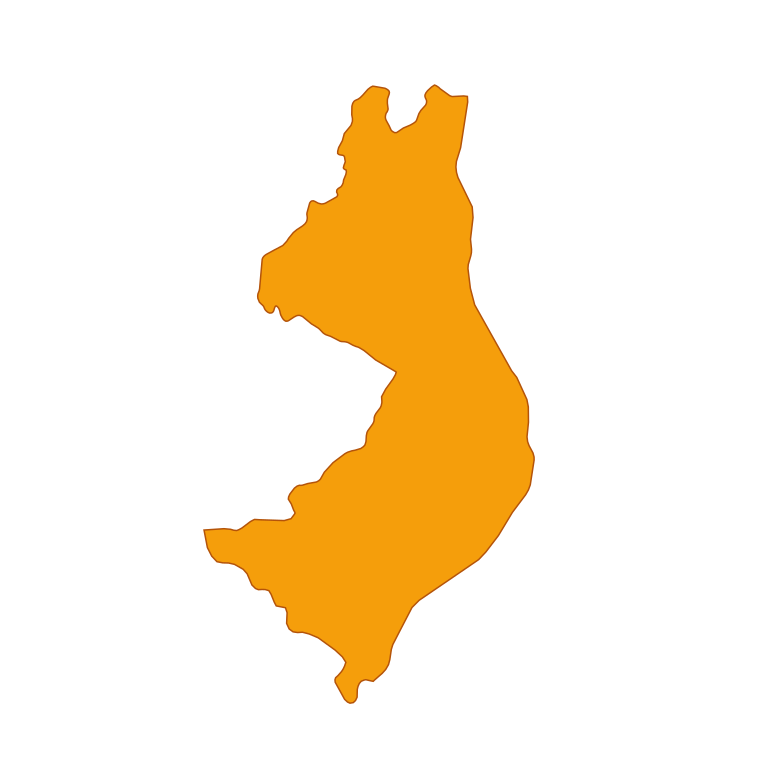 the border of Nakhon Phanom, rotated 33°
{"feature_id": "THA-472", "entity_name": "Nakhon Phanom", "entity_type": "Province", "adm_level": 1, "iso_a3": "THA", "parent_name": "Thailand", "parent_adm1": "", "projection": "albers", "projection_center": [104.283, 17.384], "detail": "fine", "context": "isolated", "style": "filled", "palette": "amber", "viewbox_px": 768, "rotation_deg": 33, "n_neighbors": 0, "source": "natural_earth", "source_scale": "10m", "svg_char_len": 4283}
<svg xmlns="http://www.w3.org/2000/svg" viewBox="0 0 768 768"><g transform="rotate(33 384 384)"><path d="M297.3,97.4L300.6,101.9L319.6,144.2L323.5,157.9L326.1,162.8L329.5,167.0L331.1,168.4L333.5,170.5L361.5,187.4L368.0,195.9L377.7,215.5L384.0,223.3L385.7,226.1L386.9,229.0L389.6,237.9L391.5,241.4L404.3,256.7L416.9,268.2L483.8,303.4L491.8,306.2L512.3,319.2L517.5,324.6L526.0,337.4L532.7,350.4L535.8,354.1L539.1,356.6L546.5,360.7L549.6,363.5L551.3,366.0L561.6,388.9L562.8,394.2L563.1,399.7L561.6,421.7L562.5,448.8L560.9,469.6L559.0,479.8L531.3,546.2L529.2,556.2L531.8,582.9L533.3,597.7L534.7,602.6L539.0,612.0L540.6,616.9L540.9,622.4L540.1,627.5L537.2,637.8L536.9,639.2L535.0,640.0L529.8,641.9L528.6,643.1L526.8,645.7L526.4,648.6L526.9,651.8L527.9,654.6L532.0,661.3L532.5,665.0L531.8,667.9L529.3,670.2L526.6,670.6L522.7,669.9L505.5,660.7L504.0,658.8L503.4,656.7L504.2,653.7L505.0,648.3L505.0,645.5L504.6,642.2L503.6,638.2L497.7,635.5L488.0,633.8L467.0,632.7L457.4,634.4L450.8,636.6L446.9,639.5L442.7,641.4L437.9,641.1L432.7,637.8L427.3,628.6L423.2,625.3L414.5,628.8L410.9,626.8L403.9,621.9L400.0,620.0L396.3,621.1L393.5,622.8L390.7,624.9L387.6,625.5L382.7,624.5L372.6,617.7L366.8,616.1L356.8,616.7L351.1,618.8L346.2,621.8L340.7,624.0L333.3,622.2L325.0,617.4L312.6,604.5L328.6,592.5L334.5,589.4L337.6,588.5L340.3,587.1L341.7,585.1L343.3,582.1L346.9,572.1L348.4,569.4L349.2,568.1L354.3,565.2L374.7,552.9L379.4,547.6L379.8,542.0L379.7,540.7L379.0,540.1L376.8,538.9L371.6,535.1L366.5,532.7L365.5,530.7L365.0,527.6L365.6,520.1L366.7,517.0L368.2,515.0L369.5,514.3L370.6,513.4L374.3,509.0L380.7,503.0L381.9,500.8L382.5,498.6L382.0,490.5L384.1,477.7L389.2,463.7L390.6,461.1L393.3,457.7L395.8,455.3L399.7,450.7L400.8,447.9L401.2,445.9L401.1,445.0L400.2,442.0L397.3,436.9L396.1,433.8L395.9,431.9L396.3,423.4L396.0,421.3L395.5,419.9L394.0,417.3L393.5,415.4L393.3,413.0L393.8,405.9L393.5,403.8L392.4,400.9L391.6,399.6L388.9,396.0L388.2,387.3L388.8,375.0L388.5,370.1L387.8,367.4L386.5,367.3L364.0,368.4L348.9,366.8L343.3,367.0L341.6,367.3L340.1,367.8L336.8,368.4L331.3,368.8L329.6,369.3L328.1,369.9L325.3,371.5L324.0,372.0L313.3,373.1L308.5,374.3L306.7,374.4L305.0,374.3L300.0,373.1L298.1,372.9L290.4,373.1L279.1,371.8L277.5,372.0L275.9,372.4L274.7,373.2L273.6,374.2L272.1,376.8L269.4,383.0L268.6,384.0L267.4,384.8L266.0,384.9L264.6,384.7L263.8,384.4L262.6,383.9L259.9,382.4L258.6,381.3L257.1,379.8L255.8,378.7L254.3,377.8L252.9,377.3L251.5,377.1L250.6,377.8L250.6,378.9L250.9,380.3L251.4,381.8L251.7,383.3L251.5,384.8L250.7,385.9L249.4,386.8L247.8,387.1L246.0,387.0L244.3,386.6L242.8,385.9L241.6,385.0L240.3,384.3L239.0,384.0L237.1,383.7L234.9,383.2L231.6,380.9L230.2,379.1L229.2,377.1L228.5,373.7L227.8,371.9L213.9,345.7L213.6,344.1L213.7,342.4L214.1,340.9L214.7,339.4L218.9,331.6L223.7,323.0L224.7,317.2L224.7,313.6L225.5,306.3L226.9,301.9L229.6,295.8L230.5,292.7L230.6,290.2L230.2,288.6L229.6,287.2L228.8,285.9L226.9,283.7L226.2,282.4L223.1,272.7L223.2,270.9L223.9,269.6L225.1,268.8L226.7,268.5L230.3,268.2L233.3,267.2L234.8,266.1L236.3,264.4L242.5,252.6L242.3,250.8L241.2,249.7L239.7,248.8L238.8,247.0L239.1,245.0L240.5,242.0L240.6,240.1L240.2,237.5L239.0,234.9L237.9,229.1L236.9,226.6L235.7,225.2L234.5,225.4L233.3,225.4L232.2,224.9L231.3,222.3L230.6,219.2L230.6,218.8L230.5,218.7L227.0,214.9L225.9,214.5L224.7,214.7L222.3,215.8L221.0,216.1L219.6,215.9L218.4,214.0L217.2,210.4L216.6,202.7L214.3,195.6L215.5,185.1L214.5,181.0L213.0,178.6L210.3,175.7L205.8,168.5L204.9,165.6L204.9,163.3L205.4,161.9L207.2,159.1L208.1,156.8L208.9,153.1L210.0,145.7L211.1,142.5L212.3,140.4L213.7,139.7L223.8,135.4L225.4,135.2L227.1,135.2L228.7,135.6L229.8,136.6L230.4,138.0L231.6,142.8L232.3,144.2L233.9,146.7L237.7,151.2L238.1,152.4L238.4,154.0L238.3,155.6L238.7,157.1L239.3,158.6L240.1,159.9L241.2,161.0L242.4,161.8L247.6,164.6L251.7,167.2L253.5,167.6L256.1,167.4L257.6,166.3L258.3,164.8L260.8,158.8L265.0,152.6L266.7,149.3L267.7,146.6L267.6,144.8L266.0,138.2L265.9,134.5L267.0,127.5L266.8,125.9L266.2,124.4L265.4,123.2L264.2,122.3L263.0,121.6L261.8,120.6L261.0,119.4L260.6,117.2L260.8,114.3L262.1,109.1L263.5,105.8L263.8,105.7L265.3,105.4L268.3,105.4L269.7,105.7L270.1,105.8L282.1,106.4L283.5,106.1L284.3,105.9L284.9,105.6L294.0,99.0L297.3,97.4Z" fill="#f59e0b" stroke="#b45309" stroke-width="1.5"/></g></svg>